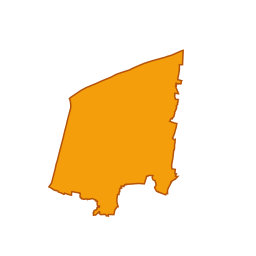 Tra Cu, Trà Vinh, Vietnam (Albers equal-area conic projection), rotated 115°
{"feature_id": "81297802B8258305147124", "entity_name": "Tra Cu", "entity_type": "district", "adm_level": 2, "iso_a3": "VNM", "parent_name": "Vietnam", "parent_adm1": "Trà Vinh", "projection": "albers", "projection_center": [106.32, 9.701], "detail": "fine", "context": "isolated", "style": "filled", "palette": "amber", "viewbox_px": 256, "rotation_deg": 115, "n_neighbors": 0, "source": "geoboundaries", "source_scale": "gbopen_adm2", "svg_char_len": 5494}
<svg xmlns="http://www.w3.org/2000/svg" viewBox="0 0 256 256"><g transform="rotate(115 128 128)"><path d="M172.6,65.6L172.2,65.6L171.7,65.5L171.5,65.2L170.9,64.8L170.7,64.4L170.3,64.6L170.5,65.1L170.0,65.2L169.3,65.2L169.0,65.2L168.2,65.8L167.8,65.9L165.1,66.1L158.8,65.8L158.9,66.3L158.7,66.4L158.2,66.2L157.5,65.7L156.8,65.2L155.4,64.4L155.0,64.2L154.5,64.1L154.4,64.0L154.3,63.5L150.9,62.4L151.1,62.8L151.5,64.3L151.5,64.8L149.8,64.9L149.1,64.7L149.0,64.9L149.1,65.2L149.4,66.1L149.4,66.4L145.5,67.6L146.5,70.8L145.7,71.4L145.2,71.8L144.4,72.2L142.8,72.9L140.8,73.5L140.1,73.6L139.7,73.8L137.0,74.4L128.7,77.2L128.5,76.9L128.4,76.9L127.9,76.9L126.2,77.5L124.7,78.2L122.8,79.0L122.7,78.9L121.5,79.2L119.0,80.2L118.6,80.3L118.4,80.4L118.7,80.6L119.0,80.8L119.0,81.0L119.0,81.6L118.8,82.0L118.7,82.9L118.5,83.3L112.8,83.6L110.3,84.2L107.7,84.5L103.3,85.6L103.8,87.8L104.2,91.6L104.1,92.3L104.3,92.8L104.3,93.0L104.0,92.9L102.7,93.0L102.4,93.1L101.6,93.0L101.1,92.8L101.1,92.6L101.2,91.9L101.0,91.7L100.7,91.7L100.2,92.0L99.8,92.0L99.3,91.6L98.8,91.4L98.4,91.3L98.0,91.3L97.2,91.5L96.6,91.7L96.4,91.8L96.1,91.8L95.7,91.7L95.1,91.8L94.4,92.2L94.0,92.5L93.9,92.5L93.0,92.3L92.2,92.4L91.3,92.3L90.7,92.3L90.2,92.6L89.3,92.4L89.1,92.4L88.6,92.9L88.0,93.1L87.7,93.3L87.5,93.6L87.4,93.6L86.1,93.1L85.7,93.0L85.3,93.1L85.1,93.2L84.6,93.7L84.4,93.8L84.1,93.8L83.4,93.6L81.9,94.4L81.5,94.5L81.0,94.5L81.2,95.3L81.8,96.8L81.8,97.3L81.7,97.6L80.9,97.9L80.7,98.0L80.4,98.3L80.2,98.6L79.7,99.1L79.3,99.2L78.9,99.3L78.6,99.5L78.3,99.5L78.1,99.5L77.9,99.9L77.6,100.1L76.6,100.2L75.6,96.7L74.8,97.4L74.7,97.7L73.7,98.7L70.5,102.2L69.9,102.7L69.7,102.4L69.6,101.9L69.4,101.9L69.3,102.2L67.9,102.8L68.0,103.1L67.7,103.3L67.3,103.5L66.9,103.0L66.9,102.8L67.2,102.5L67.2,102.3L67.2,102.2L66.8,101.9L66.8,101.6L67.0,101.4L67.0,101.2L66.7,101.0L66.4,100.8L66.3,100.7L66.2,100.5L66.0,99.2L65.9,99.1L65.5,98.7L65.0,98.6L64.7,98.7L64.0,99.3L63.6,99.4L63.0,99.5L62.5,99.3L62.6,100.4L62.8,101.4L63.1,103.3L62.3,103.7L60.1,104.3L58.2,104.7L54.1,105.9L52.9,106.3L48.9,108.2L47.6,105.3L44.3,106.7L40.4,108.3L34.3,110.8L34.6,111.2L36.9,113.4L42.3,118.1L44.1,119.8L46.8,122.9L48.6,124.7L56.7,134.3L60.4,138.3L63.4,141.4L66.9,144.6L72.6,149.6L74.5,150.9L75.6,152.1L80.8,157.7L84.1,161.1L88.6,164.5L90.1,165.8L96.7,171.9L100.7,175.3L106.4,180.5L109.5,183.3L110.3,183.9L111.6,184.8L113.4,186.2L115.0,187.2L124.0,192.6L126.1,193.6L126.6,192.9L127.5,192.1L128.7,191.2L130.3,190.2L132.9,188.8L134.1,188.4L146.9,186.1L149.2,185.6L150.9,185.2L156.6,184.2L165.2,182.4L178.5,180.0L184.2,178.9L187.8,178.2L189.9,178.0L193.9,177.2L195.6,176.7L202.2,175.5L209.8,174.1L210.5,174.1L211.6,174.2L214.3,174.8L214.8,174.8L214.8,174.2L214.9,173.7L214.8,172.4L215.0,171.9L215.1,170.9L215.5,168.7L215.5,168.4L215.2,168.1L215.2,167.9L215.3,167.4L215.3,167.2L215.0,166.8L214.9,166.4L215.0,166.2L214.9,165.1L214.9,164.6L215.0,164.5L215.3,164.2L215.4,163.9L215.3,162.9L215.2,161.8L215.1,160.9L215.2,158.1L215.0,157.9L214.5,157.7L213.9,157.8L213.9,157.7L213.7,156.3L213.4,153.9L212.8,150.8L210.9,151.6L209.9,151.9L209.5,152.0L209.3,151.9L208.3,147.7L207.3,144.7L207.8,144.4L207.6,143.9L207.5,143.7L208.7,143.1L210.5,142.5L210.8,142.0L211.1,141.9L211.3,141.6L211.2,141.0L211.1,140.6L211.5,140.5L211.7,140.4L211.8,140.3L211.3,138.3L211.3,138.1L211.0,137.4L209.7,135.6L209.6,135.4L210.0,134.6L209.8,134.5L209.3,133.9L209.1,133.6L208.8,132.8L208.6,132.5L207.2,130.6L207.0,130.4L206.9,130.2L206.9,129.6L207.2,128.2L207.2,127.8L207.0,127.3L206.7,127.0L206.8,126.9L207.1,126.6L207.9,126.0L207.5,125.3L207.3,124.9L208.2,124.5L209.5,124.1L210.4,123.5L210.9,123.0L211.2,123.0L211.4,122.9L211.6,122.6L211.5,122.4L211.1,121.5L210.8,121.0L211.6,120.5L211.8,120.5L212.2,120.6L212.3,120.7L212.4,121.5L212.5,121.7L213.4,122.4L213.7,122.4L213.9,122.3L214.1,122.2L214.4,121.8L214.5,121.8L214.9,121.8L215.4,122.1L216.1,122.7L216.1,122.9L216.3,123.2L217.3,123.7L217.7,123.8L218.3,123.6L218.5,123.4L219.1,123.5L219.3,123.7L220.2,123.3L220.5,123.0L221.3,122.7L221.7,122.4L221.0,121.5L220.6,120.7L220.2,120.4L218.4,119.7L216.1,118.9L215.9,118.6L216.0,118.3L216.4,118.0L216.8,118.0L217.1,118.0L217.6,117.8L217.7,117.5L217.9,116.9L218.0,116.5L218.0,116.2L217.6,115.3L216.0,112.3L216.0,111.9L216.2,111.2L216.8,110.6L216.5,110.0L216.1,108.6L215.0,109.3L214.7,109.3L214.5,108.9L213.5,106.6L212.5,104.2L208.2,105.2L207.5,105.2L207.1,105.2L206.5,105.0L206.1,104.8L205.8,104.8L204.8,105.0L204.0,104.2L203.5,103.6L201.9,105.1L200.7,106.1L199.9,106.7L198.9,107.2L196.4,108.3L196.2,108.3L195.8,108.4L192.8,109.4L192.7,109.4L192.1,108.1L191.7,108.3L191.0,108.5L190.6,108.6L190.0,109.0L189.7,109.1L189.2,108.6L186.8,109.8L186.4,109.6L186.0,109.1L185.5,109.4L185.2,108.8L185.1,108.4L184.0,109.0L184.1,109.5L183.5,109.7L182.8,107.2L182.2,107.5L181.8,106.8L180.8,107.1L180.2,105.7L179.6,105.9L179.5,105.4L179.4,105.2L179.5,105.0L179.2,104.5L178.6,103.6L178.0,102.6L177.7,102.0L177.7,101.9L177.5,101.5L175.4,97.9L173.3,94.0L173.2,93.6L173.2,93.4L173.1,93.2L171.7,89.6L166.9,90.2L163.9,90.7L163.7,90.6L163.4,89.7L163.2,89.8L162.6,89.5L162.2,88.9L161.8,88.4L161.2,86.7L160.7,85.7L160.6,85.3L161.7,85.3L162.3,85.3L162.8,85.0L163.2,84.7L163.9,84.0L164.3,83.4L164.4,82.8L164.4,82.3L164.3,81.4L164.5,80.9L165.1,80.7L165.8,79.8L166.6,79.2L166.9,79.2L167.3,78.8L167.6,78.3L168.3,78.3L169.9,78.7L170.3,78.8L170.8,78.7L171.1,78.4L171.7,77.5L173.2,75.5L172.9,73.3L173.0,73.2L173.1,73.3L173.3,73.3L173.2,72.4L172.9,70.2L172.9,68.9L172.6,65.6Z" fill="#f59e0b" stroke="#b45309" stroke-width="1.5"/></g></svg>